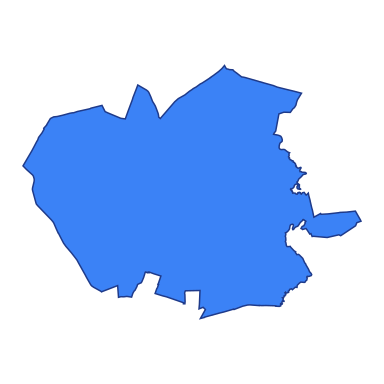 Vērēmu pag., Rezeknes, Latvia (orthographic projection)
{"feature_id": "27541924B33063248942187", "entity_name": "Vērēmu pag.", "entity_type": "district", "adm_level": 2, "iso_a3": "LVA", "parent_name": "Latvia", "parent_adm1": "Rezeknes", "projection": "orthographic", "projection_center": [27.375, 56.565], "detail": "fine", "context": "isolated", "style": "filled", "palette": "blue", "viewbox_px": 384, "rotation_deg": 0, "n_neighbors": 0, "source": "geoboundaries", "source_scale": "gbopen_adm2", "svg_char_len": 5939}
<svg xmlns="http://www.w3.org/2000/svg" viewBox="0 0 384 384"><path d="M224.5,65.5L222.0,68.5L218.8,71.4L213.6,75.3L210.4,77.5L210.5,77.6L202.2,83.0L200.2,84.0L196.3,86.9L193.2,88.6L192.1,89.5L189.5,91.2L184.9,94.9L178.3,98.6L174.7,101.8L160.3,118.5L158.7,117.1L158.5,115.1L158.1,113.4L156.1,108.0L155.3,106.0L154.1,103.9L152.6,101.5L150.7,96.6L148.8,92.4L147.9,91.2L146.4,90.0L137.8,85.0L136.3,89.0L133.0,97.5L132.4,99.6L128.1,111.1L125.3,118.9L120.8,118.3L107.9,112.9L105.1,111.6L102.0,105.4L90.8,108.2L90.1,108.7L77.4,111.5L73.5,112.8L72.5,112.8L70.1,113.2L62.4,115.3L57.2,116.5L53.6,116.9L50.4,118.5L46.7,124.7L46.8,124.9L43.8,128.2L43.7,128.3L43.8,128.6L44.1,129.1L42.0,132.9L38.6,137.4L37.7,140.0L36.7,141.6L34.2,146.4L31.8,150.9L23.0,165.9L26.5,169.5L32.4,174.8L33.0,175.5L33.4,176.3L34.2,179.0L34.2,180.5L34.0,181.9L32.5,188.1L32.4,189.5L32.7,190.9L35.8,202.4L36.3,204.0L37.6,205.6L51.2,219.7L52.9,221.7L53.8,223.1L56.2,228.7L58.2,233.1L58.4,233.1L61.6,239.4L63.6,243.2L65.9,246.4L71.4,252.8L75.6,258.2L77.0,260.1L78.5,262.9L85.1,274.7L86.3,277.0L87.7,279.5L90.3,284.0L90.8,284.9L91.8,286.0L93.7,287.3L100.6,291.1L101.6,291.9L102.3,291.5L104.4,290.7L117.6,285.6L117.8,287.7L118.5,297.3L120.9,296.7L123.8,296.8L126.8,296.4L131.6,297.1L132.8,293.4L134.0,291.2L135.0,290.3L136.9,286.6L137.5,284.7L138.0,284.2L141.3,282.7L142.0,281.4L143.6,277.6L144.9,273.4L145.2,272.3L145.6,272.0L147.2,272.7L147.3,272.3L148.9,272.8L149.0,272.0L153.9,273.8L160.9,276.0L158.3,283.7L158.2,283.7L157.9,284.5L158.5,284.6L157.4,287.7L156.7,288.8L155.1,293.5L162.8,295.9L166.4,296.8L183.4,302.7L183.4,303.8L184.9,303.8L185.0,302.3L185.1,302.1L184.9,294.7L184.6,293.1L185.1,291.4L185.4,290.8L200.0,290.5L199.4,304.4L199.0,308.9L203.1,307.3L205.4,309.5L200.4,318.5L204.6,317.4L204.7,317.1L219.3,313.1L223.8,312.0L233.7,309.1L234.0,309.5L242.7,306.2L247.7,305.0L250.0,304.9L259.3,305.6L259.3,305.4L261.5,305.6L266.0,305.5L275.7,305.8L275.7,306.2L279.4,306.4L280.7,305.9L280.7,305.6L280.6,305.3L281.0,304.9L280.5,304.3L280.5,303.9L280.6,303.6L282.1,304.1L282.3,304.0L282.4,303.8L281.7,303.0L282.2,301.3L282.4,301.3L282.5,301.7L282.6,301.8L282.8,301.7L283.1,301.2L284.0,301.3L284.0,301.0L283.4,300.3L282.9,300.1L283.3,298.6L282.5,297.8L283.4,297.5L284.0,297.0L284.2,295.7L284.4,295.6L284.8,295.8L285.0,295.2L285.6,295.0L285.8,294.6L285.4,293.2L284.9,292.8L285.5,292.2L286.0,293.2L288.2,292.5L288.6,292.3L288.3,291.2L289.3,290.6L289.6,289.4L291.5,288.8L292.4,289.7L295.3,287.2L297.0,287.4L297.2,285.6L297.5,285.0L299.3,283.2L300.8,282.1L304.3,282.4L304.9,282.3L305.8,280.9L306.8,280.1L307.2,278.0L307.1,277.5L306.8,277.3L306.9,276.7L307.1,276.4L307.7,276.3L308.7,276.5L311.2,275.6L311.7,274.7L311.1,273.4L309.5,271.6L308.5,269.2L306.1,265.1L305.6,263.8L304.7,262.8L302.8,258.4L299.6,255.2L298.6,254.4L296.8,254.6L295.4,252.4L295.7,251.8L294.1,250.8L290.6,247.1L290.3,246.4L288.4,246.6L287.1,246.6L286.6,246.0L286.3,245.2L285.9,242.7L285.4,241.8L285.4,241.2L285.7,240.9L285.9,239.8L285.7,239.3L285.8,238.5L285.6,237.0L285.3,236.2L285.8,234.8L285.7,233.8L285.4,232.8L286.7,232.4L287.0,231.9L288.4,230.7L289.4,229.1L289.7,228.1L289.7,227.3L290.3,225.2L290.8,224.7L292.3,224.2L293.2,224.5L293.4,224.9L293.4,225.4L293.3,225.7L292.9,227.3L292.5,228.2L292.5,229.0L292.9,229.7L293.5,229.5L295.0,227.5L295.7,227.0L297.8,226.2L298.9,224.7L300.2,222.6L302.3,220.7L302.9,220.2L302.9,219.6L303.3,219.5L304.1,219.9L304.5,220.4L305.8,221.1L305.9,221.4L305.1,222.2L305.0,222.6L305.2,223.1L303.9,225.7L302.1,226.5L301.0,228.5L301.5,228.8L302.4,229.1L302.6,229.5L306.0,228.5L307.4,230.4L309.8,234.1L310.9,233.6L312.1,236.5L313.6,236.3L327.2,237.5L338.9,234.8L340.7,235.7L355.6,225.8L356.8,222.7L361.0,221.2L360.4,219.9L355.4,211.1L346.6,212.1L340.0,212.4L338.7,212.7L328.0,213.9L321.0,214.3L320.6,213.5L313.9,217.2L312.4,210.1L311.7,207.7L310.2,201.2L310.1,200.5L308.8,195.7L308.3,193.1L306.4,195.0L305.9,194.9L304.2,192.4L303.5,192.5L302.6,192.7L302.2,193.1L301.3,194.1L300.6,193.6L300.5,193.2L300.4,192.7L299.6,192.3L299.1,192.4L299.0,192.8L298.6,193.0L298.2,193.0L298.0,192.7L297.7,192.9L297.3,194.1L296.8,194.2L296.0,194.0L295.3,193.2L293.4,193.0L292.8,193.2L292.6,192.9L292.7,192.2L292.2,191.7L292.4,191.5L292.1,190.8L291.7,190.8L290.6,189.6L290.6,189.0L291.0,188.6L291.2,188.8L291.2,189.1L291.7,189.0L292.2,188.8L293.6,187.5L294.1,186.8L294.1,186.2L294.6,185.2L295.3,184.4L296.5,184.1L297.5,184.0L297.8,184.9L297.4,186.0L297.0,186.6L297.0,187.6L297.1,188.1L297.8,188.9L300.1,189.4L300.6,189.1L300.4,188.8L299.8,188.4L299.3,187.8L299.2,187.1L299.1,186.7L299.1,186.2L299.3,186.1L299.2,185.9L299.5,185.0L299.4,184.7L297.8,183.4L297.0,182.5L297.0,181.9L297.5,181.7L298.1,180.6L298.6,179.2L301.5,176.5L303.0,174.7L304.5,174.2L305.8,174.0L306.3,173.4L306.3,173.2L305.2,172.4L301.9,172.2L301.2,171.6L300.0,171.6L299.9,170.7L299.7,170.3L301.0,168.0L301.0,167.6L300.8,167.4L300.3,167.4L299.6,167.8L298.1,168.2L297.4,167.8L296.9,167.4L296.8,167.1L296.2,166.8L295.9,166.2L296.0,166.1L295.8,165.9L296.1,165.6L296.0,165.4L295.8,165.2L295.6,164.7L295.6,164.2L295.4,163.8L295.0,163.5L294.8,163.3L294.8,163.1L294.6,162.7L294.1,162.3L293.3,162.2L293.2,161.8L293.2,161.1L292.7,160.7L291.6,160.7L290.8,159.7L290.6,159.5L290.2,159.6L290.1,159.3L289.4,158.9L289.2,158.6L289.1,158.2L289.4,157.5L288.5,156.8L289.1,155.5L289.2,155.0L288.9,154.4L288.8,154.0L289.3,153.1L289.6,152.8L287.6,151.9L284.7,149.6L283.4,149.4L281.3,149.6L280.5,149.4L279.5,148.7L279.2,148.0L279.1,147.6L279.2,145.9L279.7,143.8L280.1,143.0L282.0,141.5L282.2,140.8L282.3,139.8L281.8,138.0L281.1,136.7L280.8,136.3L279.7,135.7L277.8,135.1L273.6,134.3L274.1,133.1L275.7,131.1L278.9,113.9L283.9,112.2L290.3,112.4L292.8,108.9L294.4,107.6L295.9,105.2L296.7,101.9L297.5,99.7L301.5,93.2L293.9,91.2L286.8,89.5L277.2,87.1L273.5,85.6L263.1,82.7L245.4,77.6L243.7,77.2L241.6,76.9L237.5,73.7L234.1,71.2L232.9,69.8L229.4,69.6L227.7,69.0L227.0,69.0L226.3,68.6L225.3,67.0L224.5,65.5Z" fill="#3b82f6" stroke="#1e3a8a" stroke-width="1.5"/></svg>